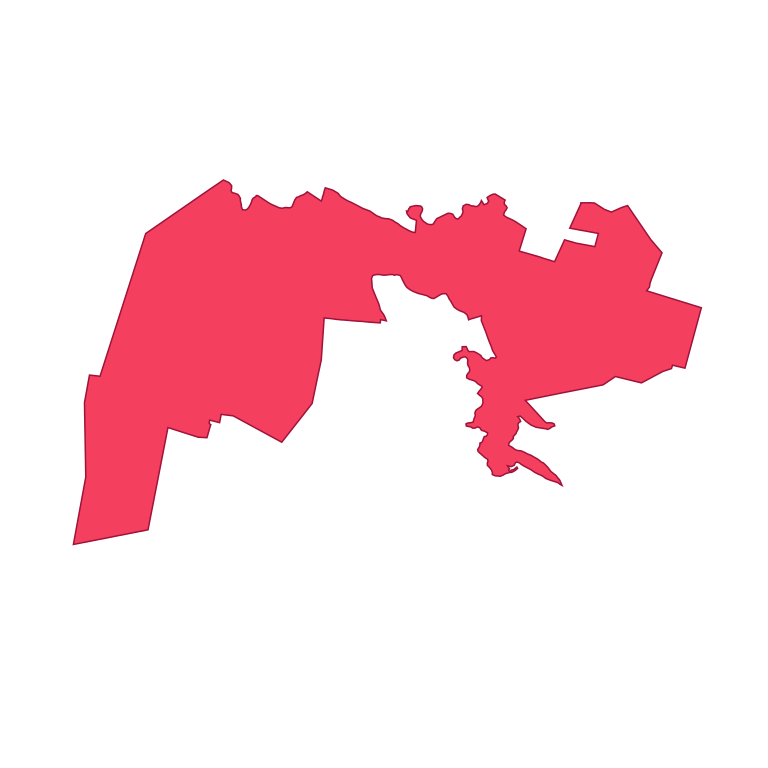 San Francisco Ixhuatán, Oaxaca, Mexico, rotated 285°
{"feature_id": "50627088B52661088255154", "entity_name": "San Francisco Ixhuatán", "entity_type": "district", "adm_level": 2, "iso_a3": "MEX", "parent_name": "Mexico", "parent_adm1": "Oaxaca", "projection": "natural_earth1", "projection_center": [-94.502, 16.336], "detail": "fine", "context": "isolated", "style": "filled", "palette": "rose", "viewbox_px": 768, "rotation_deg": 285, "n_neighbors": 0, "source": "geoboundaries", "source_scale": "gbopen_adm2", "svg_char_len": 6157}
<svg xmlns="http://www.w3.org/2000/svg" viewBox="0 0 768 768"><g transform="rotate(285 384 384)"><path d="M527.0,165.3L467.7,114.9L318.0,107.7L316.4,97.2L288.5,99.5L217.0,120.0L148.6,125.5L182.1,193.8L286.0,186.6L284.5,218.3L286.3,226.9L298.5,227.1L299.8,227.3L300.6,225.4L304.0,224.9L304.1,235.2L312.5,234.6L314.2,246.6L301.3,300.3L332.1,313.5L346.6,319.6L375.2,318.0L390.9,317.2L432.3,309.1L433.5,316.4L434.1,321.3L435.0,326.8L435.4,328.5L437.5,340.4L438.8,346.7L439.9,353.6L440.8,358.2L441.5,361.9L442.1,364.6L445.2,364.0L445.4,365.7L445.6,369.9L447.5,368.6L449.7,366.9L451.4,365.2L453.7,362.3L455.1,361.0L457.5,359.8L460.1,358.2L461.9,356.8L464.0,355.2L466.0,353.6L467.5,352.5L468.9,351.4L472.0,349.1L473.9,347.7L476.6,346.8L478.5,346.2L482.8,344.6L485.8,345.1L486.0,345.2L486.9,346.6L487.8,348.6L488.5,350.9L488.7,353.1L489.1,355.9L489.9,358.2L491.2,361.2L492.0,364.3L491.7,366.0L492.9,367.8L493.1,371.3L491.6,373.1L489.3,374.9L485.1,378.8L483.9,380.2L483.0,381.6L481.8,384.7L481.3,386.8L480.8,389.4L480.3,393.8L480.4,396.2L480.4,402.6L479.3,406.6L479.2,408.4L479.5,410.1L481.4,412.0L483.7,414.2L485.3,415.8L486.5,417.6L487.3,420.6L485.2,423.2L483.2,424.7L481.6,426.7L476.5,431.7L475.3,434.6L474.5,437.4L474.1,440.5L473.9,442.8L472.3,446.3L469.6,448.2L467.9,449.1L469.1,450.7L470.6,453.2L473.0,457.1L475.2,460.5L470.4,461.6L460.9,468.6L459.2,469.8L457.6,470.9L456.6,471.5L451.7,475.0L448.1,477.8L444.3,480.3L440.6,484.2L439.0,485.6L437.7,484.7L437.6,482.6L436.9,480.4L435.0,479.7L433.1,476.8L434.0,474.1L434.8,472.0L436.6,470.2L437.8,466.6L438.4,463.9L438.6,462.2L437.7,459.0L437.3,457.5L438.6,456.0L441.4,453.7L440.3,449.9L436.6,450.7L432.5,445.4L430.4,444.1L427.4,444.3L425.8,446.0L425.3,448.5L426.6,450.4L428.7,451.2L430.8,454.0L431.2,455.7L430.4,457.6L429.1,458.7L425.6,459.3L423.4,460.5L421.8,462.3L419.6,463.2L417.7,463.2L415.5,462.1L413.7,461.7L411.4,462.2L410.6,465.1L410.6,467.9L410.3,471.2L409.3,473.1L408.4,474.8L407.1,479.1L406.2,479.6L403.7,478.7L401.8,477.8L399.1,476.8L397.9,479.0L396.8,481.7L395.2,483.3L391.2,484.5L387.8,484.0L383.0,479.9L381.4,479.4L379.4,479.3L377.5,480.3L376.0,480.3L374.5,480.0L372.4,480.0L370.1,479.8L368.6,476.7L367.9,474.8L366.7,473.5L364.7,474.4L365.0,479.1L364.3,480.9L364.9,483.3L366.7,485.4L366.6,487.8L364.5,490.1L364.4,493.0L363.7,496.6L362.2,497.0L360.1,496.4L359.2,494.5L357.7,494.2L354.1,494.0L352.7,493.4L351.9,492.0L349.7,492.4L348.2,492.4L344.7,491.4L343.0,492.6L340.2,498.2L339.2,500.1L338.1,503.5L336.2,504.5L334.6,504.2L332.2,504.9L330.5,507.8L328.7,510.1L326.5,511.6L324.6,512.0L324.1,515.1L324.4,516.9L325.0,520.2L326.6,522.4L328.5,524.2L329.8,526.1L331.1,528.4L331.7,530.2L333.5,532.2L334.8,533.4L337.1,534.9L338.2,533.8L336.4,532.5L334.7,531.2L333.8,529.2L331.9,528.5L332.9,526.7L334.8,527.2L335.8,525.6L337.0,524.4L337.1,528.3L339.3,530.9L341.7,531.2L342.9,532.2L342.9,535.2L342.1,536.8L341.0,540.2L339.3,547.9L337.6,552.7L336.8,556.7L336.5,559.3L335.8,561.9L334.6,564.7L334.0,570.5L334.0,572.4L333.8,576.0L333.6,577.9L332.7,579.9L332.1,582.2L336.1,579.1L337.2,578.0L338.6,575.7L340.1,574.0L340.9,572.0L342.8,567.7L345.0,564.9L346.3,563.2L347.7,560.8L349.0,558.4L349.4,555.8L350.2,554.4L351.4,551.4L351.6,550.4L351.8,549.7L352.1,548.4L353.2,544.5L353.6,540.6L354.2,538.3L354.7,535.3L354.9,533.5L354.3,529.6L354.6,527.7L356.2,523.8L357.0,520.3L359.0,520.0L360.6,520.6L363.0,522.2L364.8,523.1L366.4,522.5L368.5,523.4L370.0,524.3L372.0,524.5L374.6,525.1L376.5,525.3L377.8,524.6L379.7,523.7L381.9,524.4L383.1,525.7L384.5,524.7L386.2,523.1L387.1,521.6L388.3,523.8L386.5,527.6L384.9,530.3L382.4,536.6L382.0,539.5L381.6,541.5L381.8,544.6L382.4,549.7L382.6,552.0L382.5,553.8L384.0,555.7L386.0,557.3L387.8,559.8L389.5,558.7L389.9,556.3L389.3,553.6L388.5,551.2L389.3,549.1L404.8,524.7L420.7,556.7L439.9,595.9L451.1,605.6L451.7,632.4L468.3,650.1L473.3,657.7L476.8,657.8L477.2,670.6L539.8,670.8L542.0,613.6L546.3,615.3L550.4,614.9L554.7,615.2L582.7,618.6L592.1,605.0L592.1,604.8L619.4,573.1L616.1,568.0L608.9,559.1L609.7,552.0L609.7,551.8L613.3,540.5L612.3,535.8L609.9,527.2L608.9,527.5L582.6,523.1L583.2,530.7L583.4,534.2L583.8,537.8L584.9,552.1L571.3,552.1L570.2,538.2L569.8,533.1L570.0,521.1L561.6,519.7L546.3,517.1L546.7,505.2L547.0,502.2L547.4,480.3L548.0,480.2L570.7,481.1L573.1,474.3L574.5,470.1L575.5,466.6L576.1,463.5L576.8,459.2L578.0,455.9L581.2,455.8L584.0,456.9L586.1,457.3L587.7,455.8L588.5,454.0L590.5,453.1L593.0,453.4L596.3,442.2L595.6,440.3L594.5,438.8L592.9,437.1L590.8,435.3L588.3,437.2L587.9,437.7L585.3,437.2L583.0,434.2L584.8,432.4L586.4,430.6L584.3,430.4L580.7,429.0L579.2,427.3L579.1,424.5L578.7,422.1L579.2,419.4L578.8,416.8L576.5,414.4L573.2,414.4L571.4,415.7L569.2,415.7L566.3,415.2L564.7,414.0L562.6,413.0L562.4,410.8L563.6,408.7L565.8,406.5L566.0,404.0L565.5,401.6L557.4,392.2L554.1,391.0L551.1,390.1L550.0,387.9L549.7,384.7L551.3,380.1L552.9,377.8L555.4,375.6L557.7,375.4L560.0,376.0L561.5,376.1L563.1,376.0L564.8,374.6L565.4,373.5L564.6,368.5L562.0,363.5L559.6,362.6L556.8,362.2L556.9,361.0L554.4,362.2L553.6,363.2L551.3,366.3L551.0,368.0L550.6,372.7L549.4,373.2L544.9,373.9L540.8,374.6L538.4,374.9L538.1,372.8L538.2,371.1L538.5,369.0L539.1,366.4L540.0,362.5L541.3,358.5L542.5,355.9L543.3,352.8L544.4,349.9L544.8,345.8L544.2,343.0L544.0,341.1L543.8,338.6L544.3,336.5L544.6,333.3L547.4,325.6L548.1,318.3L550.2,308.9L551.0,305.1L551.6,301.2L552.4,298.3L553.4,295.1L553.9,293.7L554.8,292.2L556.3,290.4L558.0,284.5L558.1,283.0L558.2,279.9L558.3,276.5L555.8,276.3L551.2,276.4L549.3,276.2L546.3,276.3L544.5,276.0L549.8,260.1L547.2,258.4L545.7,256.7L544.2,254.6L542.6,252.9L541.6,251.2L539.4,250.5L538.7,250.2L536.6,249.9L531.4,249.3L529.8,247.5L529.5,245.6L529.0,243.2L527.3,239.9L527.3,238.8L527.1,237.7L527.2,236.2L527.8,232.9L528.1,230.2L528.9,226.6L533.3,213.3L533.0,211.9L531.7,211.6L529.6,209.5L527.7,208.9L525.6,208.9L522.7,208.5L519.7,207.7L517.5,206.7L516.0,204.9L515.8,202.1L518.3,200.4L520.5,199.7L522.4,198.6L524.8,197.5L526.1,197.3L526.5,196.9L528.0,195.5L529.3,193.8L529.6,190.6L529.6,187.7L531.2,186.2L532.8,186.2L534.7,185.9L536.3,185.4L538.3,182.4L538.5,181.7L539.5,176.1L532.3,169.9L527.0,165.3Z" fill="#f43f5e" stroke="#9f1239" stroke-width="1.5"/></g></svg>